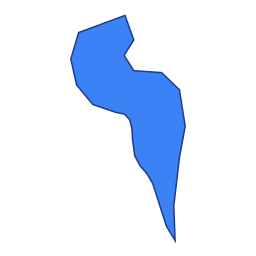 the state/province of Tarrafal de São Nicolau
{"feature_id": "CPV-5058", "entity_name": "Tarrafal de São Nicolau", "entity_type": "state/province", "adm_level": 1, "iso_a3": "CPV", "parent_name": "Cabo Verde", "parent_adm1": "", "projection": "natural_earth1", "projection_center": [-24.363, 16.58], "detail": "fine", "context": "isolated", "style": "filled", "palette": "blue", "viewbox_px": 256, "rotation_deg": 0, "n_neighbors": 0, "source": "natural_earth", "source_scale": "10m", "svg_char_len": 419}
<svg xmlns="http://www.w3.org/2000/svg" viewBox="0 0 256 256"><path d="M175.1,240.6L166.5,226.4L152.7,183.5L146.9,173.7L140.2,165.9L134.8,156.1L132.6,140.4L131.9,128.4L129.6,119.6L124.5,114.2L115.6,112.3L92.8,104.5L76.6,84.9L70.8,59.0L78.7,32.5L125.0,15.4L133.8,40.0L124.1,55.3L133.8,70.7L161.6,72.6L179.5,89.9L185.2,126.3L179.5,157.1L173.8,206.0L175.1,240.6Z" fill="#3b82f6" stroke="#1e3a8a" stroke-width="1.5"/></svg>